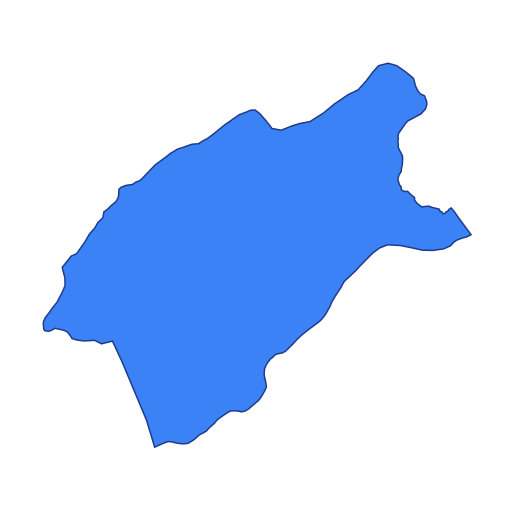 Xayphoothong, Savannakhét, Laos, rotated 267°
{"feature_id": "54806243B80767168472934", "entity_name": "Xayphoothong", "entity_type": "district", "adm_level": 2, "iso_a3": "LAO", "parent_name": "Laos", "parent_adm1": "Savannakhét", "projection": "orthographic", "projection_center": [105.02, 16.341], "detail": "fine", "context": "isolated", "style": "filled", "palette": "blue", "viewbox_px": 512, "rotation_deg": 267, "n_neighbors": 0, "source": "geoboundaries", "source_scale": "gbopen_adm2", "svg_char_len": 3076}
<svg xmlns="http://www.w3.org/2000/svg" viewBox="0 0 512 512"><g transform="rotate(267 256 256)"><path d="M254.8,61.9L244.1,64.0L236.6,63.8L233.7,62.5L229.2,60.2L220.3,54.9L215.2,50.4L215.0,50.2L209.9,46.2L205.8,42.6L202.0,40.5L200.3,40.1L197.5,40.1L193.6,40.3L192.3,41.5L192.1,43.2L191.7,44.7L192.2,47.2L194.3,51.5L193.0,56.3L191.7,60.6L190.0,63.6L185.8,66.6L183.2,67.9L181.5,72.6L180.2,79.5L180.2,85.1L180.2,90.6L176.4,97.1L178.5,108.2L157.4,116.7L97.7,138.1L70.4,144.8L73.3,152.2L74.7,156.5L75.3,159.2L74.6,162.8L73.5,166.4L72.7,170.1L72.2,174.2L72.4,177.8L73.9,181.1L75.8,184.4L78.1,187.4L80.5,190.3L82.0,193.8L83.9,197.5L86.5,199.9L88.9,202.9L91.2,205.8L94.3,208.5L95.7,210.6L99.8,217.0L102.5,222.1L102.6,225.6L102.2,229.6L101.1,233.5L101.8,237.0L103.6,240.5L107.8,246.0L111.9,251.3L114.8,253.6L117.9,255.7L121.1,257.8L124.5,259.5L128.1,259.3L132.1,258.7L135.8,258.0L139.3,258.1L143.2,258.8L146.6,260.4L149.4,262.4L152.4,265.1L152.5,265.2L154.0,267.4L156.7,270.4L157.4,274.1L157.9,277.6L159.5,280.6L163.6,285.3L165.7,287.7L171.0,293.1L174.8,297.7L177.6,301.5L180.3,305.4L185.7,313.6L187.6,316.3L190.0,318.9L192.8,321.4L195.8,323.5L198.2,325.0L202.1,327.4L205.9,329.2L211.6,332.9L220.1,339.2L223.0,340.8L226.2,343.0L231.2,349.1L233.5,351.7L235.8,354.5L240.1,358.8L240.3,359.0L245.9,365.1L252.6,372.5L254.8,375.7L257.5,379.7L260.1,387.5L260.2,389.4L258.9,400.8L256.1,411.7L254.2,418.7L253.1,422.5L252.3,432.8L253.3,443.8L256.0,450.8L258.8,453.5L261.0,456.6L262.3,460.1L263.3,463.8L264.1,467.6L266.0,471.9L282.5,461.0L290.7,455.8L293.8,453.4L292.5,451.2L290.9,450.1L290.2,448.3L288.5,446.5L288.4,444.9L290.4,443.8L290.8,442.3L293.2,441.4L295.5,433.8L296.8,431.1L296.4,424.0L300.4,419.4L303.6,417.3L306.0,417.4L309.7,413.4L312.6,410.8L312.6,408.2L313.8,405.4L315.0,404.5L316.5,404.6L317.7,404.4L319.8,402.9L325.2,401.6L329.6,403.1L332.5,405.3L335.4,405.8L340.1,407.0L345.1,407.5L348.4,407.5L352.8,405.5L357.1,403.7L360.3,404.0L362.9,403.5L365.1,404.2L369.4,404.2L371.8,405.3L373.4,406.7L375.6,408.4L380.7,412.4L383.1,415.0L389.3,428.3L394.0,433.0L398.2,434.5L401.5,434.5L407.2,432.6L409.5,428.3L413.3,425.9L418.0,424.0L420.4,423.6L425.1,422.6L432.1,415.0L438.7,406.5L441.6,398.0L439.7,388.5L433.6,382.3L425.1,375.2L416.6,366.7L412.4,356.7L403.9,342.5L395.4,331.1L387.4,316.9L386.0,306.6L384.1,299.0L380.3,287.7L382.6,278.4L384.7,277.3L386.3,276.1L388.6,274.4L390.1,273.4L392.9,271.2L394.5,270.0L395.6,269.1L397.0,268.1L399.1,266.0L399.7,265.2L399.9,265.0L401.9,262.6L401.9,261.3L401.8,257.9L400.4,254.3L397.9,246.5L392.3,237.6L388.6,231.6L380.2,220.1L375.8,213.5L373.7,208.9L371.1,204.3L371.0,198.2L370.2,195.2L368.2,188.4L366.8,183.1L364.7,179.3L363.0,175.9L359.9,171.7L354.1,162.8L352.9,161.1L351.9,159.7L344.7,152.0L342.4,149.6L338.9,145.9L337.2,143.5L336.0,139.8L333.9,136.4L333.3,129.7L331.6,124.8L329.9,122.7L323.3,121.9L320.9,121.1L319.9,120.5L317.7,119.0L314.3,114.5L310.6,110.3L308.9,107.9L308.3,106.5L302.3,105.1L297.6,99.8L292.3,96.4L286.9,91.0L279.6,86.3L273.6,81.6L267.6,76.9L265.6,71.5L254.8,61.9Z" fill="#3b82f6" stroke="#1e3a8a" stroke-width="1.5"/></g></svg>